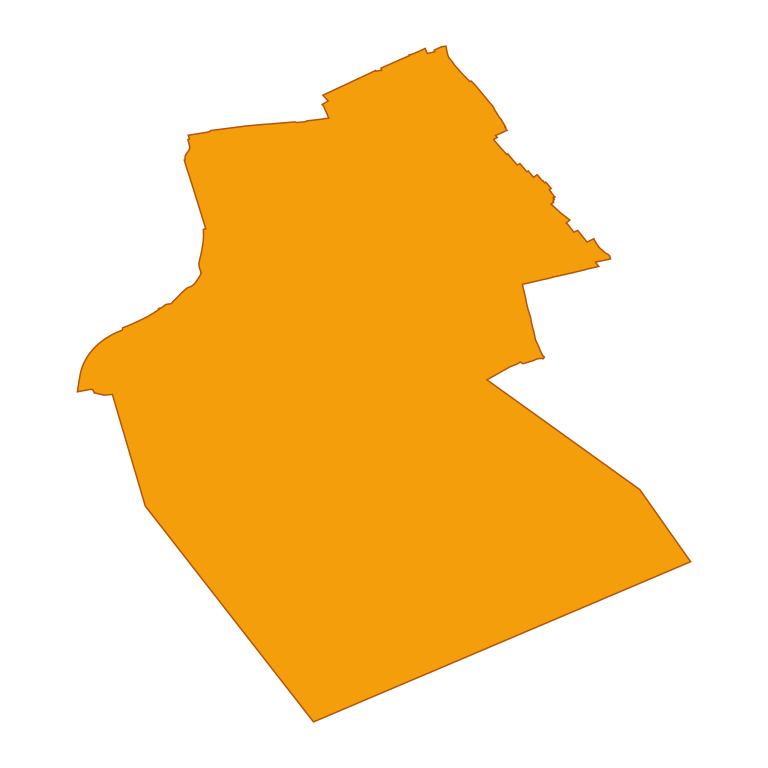 Hoorn, Noord-Holland, Netherlands (Robinson projection)
{"feature_id": "6326949B50247401451622", "entity_name": "Hoorn", "entity_type": "district", "adm_level": 2, "iso_a3": "NLD", "parent_name": "Netherlands", "parent_adm1": "Noord-Holland", "projection": "robinson", "projection_center": [5.073, 52.632], "detail": "fine", "context": "isolated", "style": "filled", "palette": "amber", "viewbox_px": 768, "rotation_deg": 0, "n_neighbors": 0, "source": "geoboundaries", "source_scale": "gbopen_adm2", "svg_char_len": 5821}
<svg xmlns="http://www.w3.org/2000/svg" viewBox="0 0 768 768"><path d="M385.0,691.5L690.6,561.7L639.8,489.6L486.9,379.8L509.9,366.9L518.0,363.6L520.0,361.9L521.9,363.2L522.4,363.4L522.7,363.5L523.0,363.6L523.3,363.6L523.7,363.6L534.7,360.1L535.1,359.6L537.3,358.9L538.2,358.7L539.0,358.6L539.8,358.6L540.2,358.6L541.1,358.4L542.3,358.6L542.8,358.8L543.2,358.8L543.8,357.9L544.4,357.2L543.7,356.3L543.2,356.0L542.8,355.6L542.4,355.0L542.1,354.2L541.9,353.9L540.5,351.1L540.3,350.7L539.9,349.8L539.7,349.1L539.3,348.1L539.2,347.8L539.1,347.5L538.2,346.0L537.6,344.2L537.3,343.7L536.4,341.7L536.1,341.2L535.9,340.7L535.6,340.2L535.4,339.7L535.3,339.1L535.2,338.5L534.7,336.0L534.7,335.3L534.4,334.6L534.0,332.4L533.7,331.2L532.6,327.3L532.2,325.5L531.5,322.9L530.9,319.3L530.6,317.6L528.5,310.8L527.9,308.8L527.2,305.9L526.5,303.0L525.7,298.4L525.3,296.9L524.7,294.3L524.6,293.4L524.0,291.1L523.3,288.9L523.0,287.1L522.5,284.4L524.0,283.9L527.2,283.3L542.4,279.7L547.4,278.7L551.3,277.7L552.3,277.2L552.9,277.1L553.4,277.1L554.0,276.9L555.5,276.6L557.0,276.3L557.8,276.1L560.9,275.4L561.5,275.2L563.5,274.8L564.4,274.6L569.2,273.5L570.3,273.3L571.0,273.1L572.1,272.9L573.3,272.6L574.7,272.2L578.8,271.3L581.8,270.5L582.7,270.3L583.9,270.0L584.6,269.9L585.7,269.5L586.6,269.2L589.5,268.5L589.9,268.5L590.4,268.4L591.2,268.2L594.4,267.4L596.1,267.1L597.7,266.7L598.3,266.6L598.8,266.5L595.4,262.2L597.1,261.5L597.3,261.8L610.5,258.9L610.1,257.3L609.6,255.9L609.2,255.3L608.7,254.8L607.7,254.2L606.4,253.6L605.3,252.9L602.8,250.7L601.9,249.8L600.4,248.6L599.9,248.1L598.9,247.1L598.1,245.9L597.0,244.4L596.2,243.1L595.2,241.3L594.3,239.7L594.2,239.4L593.9,238.7L587.1,242.1L581.4,235.0L579.1,232.1L577.7,230.4L573.9,232.2L571.5,229.2L569.2,226.2L567.6,224.2L567.2,223.9L566.6,223.5L566.2,223.1L569.8,220.1L563.9,215.4L562.5,214.4L560.9,213.1L560.7,213.0L560.5,212.9L559.5,211.8L558.9,211.3L555.4,208.1L551.7,204.7L551.0,204.1L553.2,202.7L553.4,202.6L553.5,202.5L553.4,202.3L553.2,202.0L553.2,201.9L553.5,201.6L553.6,201.4L553.3,200.9L553.1,200.7L553.1,200.4L554.2,199.7L553.6,199.0L554.0,198.8L553.2,197.8L555.0,197.0L554.6,196.6L554.3,196.7L550.7,191.6L549.2,189.5L551.2,188.4L549.7,186.8L548.8,185.7L548.0,184.7L546.4,182.8L545.7,182.1L544.5,182.8L543.7,181.8L543.2,181.0L543.0,180.7L542.8,180.6L542.2,180.6L541.9,180.4L541.5,179.9L539.6,177.6L537.2,174.7L533.5,177.3L532.4,176.0L532.2,175.7L531.1,174.4L529.9,173.0L529.5,172.5L528.4,170.9L526.8,171.7L523.4,167.7L519.9,163.6L517.2,165.0L513.7,160.9L509.6,156.1L507.9,154.1L508.0,154.1L507.8,153.9L507.1,154.3L506.7,154.5L500.2,147.3L493.9,139.9L493.9,139.7L493.7,139.4L497.3,137.5L496.0,136.0L495.5,135.5L501.0,133.1L506.2,130.7L506.8,130.5L506.6,130.1L506.8,130.1L506.7,129.9L505.8,128.5L505.0,127.2L505.6,127.0L504.8,125.5L504.3,124.8L504.0,124.2L503.2,123.0L501.5,120.0L501.2,119.3L501.1,119.1L499.9,118.1L499.6,117.8L499.4,117.5L496.1,112.1L495.0,110.4L494.3,109.2L494.2,108.7L493.7,107.8L492.9,106.3L490.2,103.2L487.4,99.8L486.2,98.4L485.9,98.0L485.1,97.0L483.9,95.6L482.0,93.3L481.3,92.6L480.9,92.0L477.5,87.8L476.9,87.1L476.3,86.3L471.2,81.0L469.9,81.6L466.5,78.2L463.9,75.5L459.3,70.5L458.0,68.9L456.0,66.7L454.7,65.2L454.0,64.4L453.5,63.4L452.5,62.1L450.3,59.3L448.8,57.4L448.4,56.6L448.0,55.5L447.6,54.4L447.4,53.5L447.1,52.1L446.1,46.6L445.9,46.1L442.2,46.7L441.5,46.8L434.2,50.1L434.4,50.6L434.6,51.2L434.8,51.7L432.7,52.2L430.9,52.7L427.2,53.5L425.2,48.4L415.2,53.0L411.4,54.4L409.1,54.9L409.4,55.6L381.0,68.1L381.6,70.3L375.8,71.2L375.6,70.5L322.9,95.2L324.2,96.6L326.7,99.3L326.8,99.4L328.2,101.0L322.1,104.5L323.3,105.6L323.6,106.2L323.8,106.6L327.2,114.4L328.1,116.7L328.8,118.1L321.2,119.2L314.5,120.0L307.0,120.8L306.7,120.9L305.9,121.6L305.7,121.7L297.0,122.5L296.6,122.5L296.3,122.4L295.9,122.2L295.1,122.0L294.7,121.9L272.1,123.8L263.3,124.4L251.5,125.5L246.8,125.9L210.9,130.5L210.3,131.0L209.6,131.5L208.9,131.8L208.1,132.0L207.8,132.1L188.2,135.3L189.5,139.1L188.1,139.4L187.9,139.6L189.6,146.3L189.7,146.8L189.7,148.0L189.5,148.6L189.4,149.1L189.1,149.7L188.8,150.3L188.5,150.9L188.1,151.5L187.7,152.0L187.3,152.6L186.8,153.2L186.4,153.8L186.0,154.3L185.7,154.9L185.4,155.5L185.2,156.1L185.0,157.1L185.0,160.1L184.3,160.2L187.4,170.5L187.9,171.6L193.4,188.9L204.0,223.1L204.8,225.6L205.8,228.8L205.6,228.8L203.8,229.3L203.5,229.4L203.4,229.4L203.4,229.5L203.4,230.4L203.4,231.4L203.4,232.6L203.5,234.8L203.5,236.0L203.5,237.1L203.4,238.3L203.2,240.8L203.0,243.0L202.5,246.3L202.3,247.4L201.9,249.6L201.5,251.7L201.3,252.9L201.0,254.0L200.8,255.0L200.0,258.2L199.7,259.6L199.5,260.3L199.4,261.0L199.1,262.5L198.9,263.4L198.9,264.3L199.0,265.6L199.2,266.9L199.2,267.2L199.4,267.8L199.5,268.1L200.3,270.1L200.6,270.9L200.7,271.4L200.8,271.7L200.8,272.5L201.3,273.0L201.1,273.6L200.7,274.1L200.5,274.7L200.1,275.6L195.8,282.1L195.3,282.7L194.7,283.5L193.3,284.9L192.1,285.8L190.7,286.6L188.1,287.6L186.6,288.3L181.3,293.1L180.6,293.9L180.4,294.1L174.1,300.5L173.1,301.5L171.2,303.7L166.0,304.4L160.7,308.3L159.9,308.0L158.5,308.9L159.0,309.3L158.7,309.5L158.1,310.1L157.4,310.6L155.3,311.9L153.5,313.0L151.2,314.4L149.2,315.6L148.0,316.4L141.3,319.7L137.8,321.4L132.7,323.7L130.5,324.7L128.2,325.7L126.9,326.2L122.7,327.8L122.4,329.8L122.4,330.1L120.1,331.0L116.7,332.4L114.4,333.5L111.3,335.1L108.9,336.5L107.8,337.2L106.1,338.2L104.7,339.1L103.4,340.1L101.8,341.2L100.1,342.6L98.5,343.9L97.3,345.0L95.4,346.7L93.5,348.8L91.3,351.3L89.3,353.8L88.2,355.4L87.0,357.3L85.8,359.3L84.9,361.1L84.1,362.6L83.1,364.7L82.4,366.5L81.8,368.4L81.4,369.4L81.2,370.1L80.8,371.8L80.4,373.4L80.1,375.0L79.5,378.8L79.2,380.1L77.9,388.5L77.4,391.8L90.3,389.4L92.3,389.4L92.6,389.7L93.9,391.8L94.0,392.1L94.1,392.5L94.1,392.8L102.7,394.8L103.2,395.0L104.2,395.1L112.4,394.5L145.3,506.1L313.5,721.9L385.0,691.5Z" fill="#f59e0b" stroke="#b45309" stroke-width="1.5"/></svg>